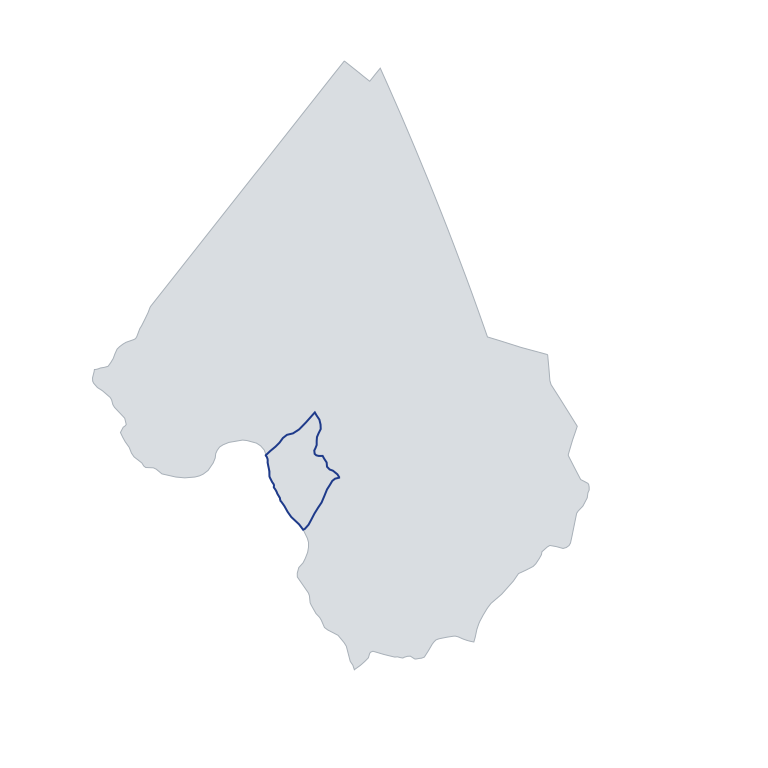 where Surt sits in Libya, rotated 222°
{"feature_id": "LBY-2985", "entity_name": "Surt", "entity_type": "Municipality", "adm_level": 1, "iso_a3": "LBY", "parent_name": "Libya", "parent_adm1": "", "projection": "albers", "projection_center": [17.512, 29.873], "detail": "fine", "context": "in_parent", "style": "outline", "palette": "blue", "viewbox_px": 768, "rotation_deg": 222, "n_neighbors": 0, "source": "natural_earth", "source_scale": "10m", "svg_char_len": 4224}
<svg xmlns="http://www.w3.org/2000/svg" viewBox="0 0 768 768"><g transform="rotate(222 384 384)"><path d="M151.0,248.9L154.6,247.4L159.8,245.7L162.4,244.3L163.6,243.1L167.7,238.1L169.8,235.3L172.7,231.4L174.1,228.7L174.3,226.1L174.1,223.0L172.5,215.4L171.3,208.0L172.7,205.3L173.9,204.0L176.4,200.8L177.3,200.2L182.3,199.4L184.4,197.3L186.1,194.5L186.6,193.0L188.8,191.6L191.5,190.2L193.2,188.3L198.5,185.4L203.4,182.8L209.1,180.1L213.4,178.0L214.4,176.0L214.4,174.2L212.4,170.1L212.6,165.4L213.0,161.4L213.3,159.1L214.7,152.7L214.8,151.8L219.0,154.2L223.5,155.3L236.5,163.9L240.6,165.1L250.0,166.5L261.1,163.6L265.3,163.2L272.5,166.5L275.7,167.5L281.0,167.9L290.2,171.0L292.5,172.0L297.7,176.7L300.3,178.1L319.3,182.6L321.9,185.4L324.5,190.6L324.5,197.0L325.8,201.7L328.1,207.8L330.9,212.2L334.1,215.8L337.8,218.1L346.2,221.5L355.8,222.9L365.4,223.4L382.0,228.0L396.1,233.3L399.6,235.8L406.7,238.4L420.9,250.6L428.8,254.8L434.3,255.5L439.3,254.7L448.0,250.3L451.6,247.7L460.2,236.8L462.9,231.2L464.0,227.2L463.6,223.2L462.5,219.7L459.9,216.0L458.1,211.0L456.9,202.1L458.1,195.9L459.7,192.2L462.3,188.3L469.3,180.9L476.4,175.6L488.9,168.6L496.3,168.3L499.3,167.4L505.2,162.5L507.6,162.3L511.1,163.3L521.0,162.6L525.5,163.7L530.9,166.4L537.6,167.9L542.3,169.5L547.4,171.6L548.9,177.4L548.4,179.1L548.4,181.4L553.8,185.1L568.6,186.3L571.6,187.2L575.9,190.0L578.5,190.8L588.7,190.6L594.6,189.6L600.3,190.3L602.4,191.2L604.7,193.5L607.7,199.2L608.9,201.0L607.8,202.1L606.4,204.2L605.5,206.1L603.0,209.2L600.9,212.5L601.4,217.1L602.3,221.8L604.1,226.3L605.7,231.3L605.5,234.7L604.7,238.9L603.6,242.4L599.6,249.7L599.0,251.5L599.4,253.8L602.6,262.0L603.0,264.7L605.2,272.7L607.1,279.2L609.1,284.3L609.4,285.7L609.9,293.4L610.4,301.0L610.9,308.7L611.4,316.3L611.9,324.0L612.4,331.6L612.9,339.3L613.4,346.9L613.9,354.6L614.4,362.3L614.9,369.9L615.4,377.5L615.9,385.2L616.4,392.8L616.9,400.5L617.4,408.1L617.9,415.7L618.4,423.4L618.9,431.0L619.4,438.6L619.9,446.3L620.4,453.9L620.8,461.5L621.3,469.1L621.8,476.8L622.3,484.4L622.8,492.0L623.3,499.6L623.8,507.2L624.3,514.8L624.8,522.4L625.3,530.0L626.4,546.8L627.5,563.6L628.6,580.4L629.6,597.2L629.5,597.3L629.4,597.3L629.3,597.5L621.2,598.0L613.2,598.5L605.2,598.9L597.2,599.4L597.4,603.6L597.7,607.8L597.9,612.0L598.1,616.2L582.1,609.1L566.1,601.9L550.2,594.7L534.3,587.3L518.5,579.9L502.8,572.4L487.1,564.9L471.5,557.3L455.9,549.6L440.5,541.9L425.0,534.0L409.7,526.1L394.4,518.2L379.2,510.2L364.1,502.1L349.0,493.9L338.6,488.2L327.3,493.5L318.3,497.6L306.6,502.9L293.0,509.8L282.5,515.1L282.0,515.1L281.6,514.9L271.1,505.2L263.0,497.5L259.4,495.3L243.8,491.0L228.4,486.6L212.1,481.9L209.4,475.7L206.5,468.8L202.4,460.2L199.9,455.0L199.1,454.1L186.8,449.4L173.9,444.6L166.0,446.6L164.7,446.3L162.6,444.7L160.6,442.5L159.6,439.5L156.8,435.4L154.5,426.4L154.7,419.3L154.3,416.8L148.2,406.4L142.6,396.9L139.0,390.6L138.4,387.8L139.1,384.5L140.9,381.6L147.1,378.5L152.7,375.0L153.6,372.3L154.4,365.0L152.8,362.5L151.8,358.1L150.9,352.0L151.1,348.2L153.9,340.8L157.2,333.1L156.0,324.2L155.9,306.5L157.7,292.6L157.3,287.6L157.0,285.4L155.7,278.7L154.0,271.8L153.2,269.4L150.8,263.8L146.7,256.7L144.6,252.4L148.0,250.4L151.0,248.9Z" fill="#d9dde1" stroke="#a8b0b8" stroke-width="1"/><path d="M346.6,221.6L353.1,222.9L363.9,223.1L370.1,224.5L376.5,226.7L381.5,227.8L382.5,227.8L382.8,228.0L383.0,228.1L384.0,228.7L384.9,229.5L385.2,229.7L385.5,229.8L389.8,231.1L392.0,232.2L394.5,233.0L396.6,233.4L397.0,233.7L397.8,235.0L398.4,235.4L398.9,235.7L401.6,236.3L406.2,238.1L407.2,238.6L408.0,239.4L410.7,242.4L417.9,247.7L419.5,249.6L420.4,250.4L422.4,251.4L423.6,251.6L424.2,251.9L423.7,258.1L422.7,264.8L422.4,270.5L423.0,276.2L422.1,281.3L418.6,286.4L416.7,293.4L416.3,303.3L416.4,316.0L416.4,316.6L413.0,315.5L408.2,314.3L404.0,311.4L400.9,308.2L399.6,303.5L398.3,299.7L395.8,296.5L393.2,293.6L392.0,290.4L391.3,287.9L388.8,285.7L386.6,285.7L384.3,286.9L381.5,289.5L378.6,288.5L374.1,287.3L371.0,284.4L367.2,284.1L364.0,285.4L358.2,285.7L354.7,284.7L354.2,285.0L357.0,280.9L357.6,277.4L356.7,272.9L355.8,267.5L353.3,260.6L351.1,254.2L350.2,247.9L349.0,241.2L347.1,233.9L345.9,228.9L345.9,223.2L346.5,222.0L346.6,221.6L346.6,221.6Z" fill="none" stroke="#1e3a8a" stroke-width="2"/></g></svg>